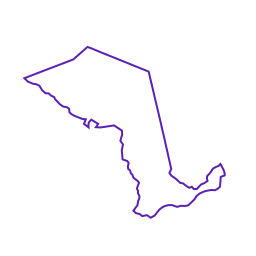 outline of Tamandaré, Pernambuco, Brazil, rotated 52°
{"feature_id": "56859067B61914387336292", "entity_name": "Tamandaré", "entity_type": "district", "adm_level": 2, "iso_a3": "BRA", "parent_name": "Brazil", "parent_adm1": "Pernambuco", "projection": "natural_earth1", "projection_center": [-35.18, -8.746], "detail": "fine", "context": "isolated", "style": "outline", "palette": "violet", "viewbox_px": 256, "rotation_deg": 52, "n_neighbors": 0, "source": "geoboundaries", "source_scale": "gbopen_adm2", "svg_char_len": 1725}
<svg xmlns="http://www.w3.org/2000/svg" viewBox="0 0 256 256"><g transform="rotate(52 128 128)"><path d="M24.9,179.0L29.9,178.3L34.8,175.5L37.2,173.2L40.2,171.8L45.5,172.4L49.8,171.6L51.9,169.2L55.4,168.6L58.2,167.1L60.2,167.7L67.2,167.1L71.4,165.8L73.8,163.5L76.5,162.5L79.7,164.5L82.7,163.9L86.0,162.4L92.9,158.3L95.1,155.9L97.6,160.1L103.2,158.7L101.2,157.3L99.5,155.5L98.8,151.8L101.0,151.0L103.6,150.0L106.3,148.9L107.6,152.8L110.6,149.4L117.4,137.4L126.3,134.4L129.6,136.6L131.3,139.1L133.4,141.9L137.9,142.1L141.9,146.8L146.4,149.6L149.4,151.6L153.6,148.9L156.0,149.0L158.2,151.8L160.3,153.0L162.6,152.5L165.3,153.6L167.5,153.3L170.5,154.3L175.6,153.0L178.0,153.0L179.2,155.2L181.2,158.3L183.7,158.8L185.5,160.3L188.8,160.9L190.8,163.0L191.9,165.1L194.6,168.0L195.4,170.8L196.6,174.7L200.1,174.1L203.0,171.7L206.1,171.1L208.3,166.8L212.7,165.3L213.4,160.8L212.5,157.3L211.6,153.2L211.6,150.0L212.1,147.2L213.5,143.9L215.9,140.7L218.1,139.4L220.4,137.8L221.8,134.3L224.6,131.0L226.0,128.2L225.7,124.7L225.1,119.4L223.8,116.0L223.7,112.3L224.7,107.8L225.7,105.1L226.9,102.8L228.2,100.4L230.7,97.6L231.1,94.2L230.9,91.7L228.8,89.7L226.5,87.6L223.6,85.0L224.9,81.0L223.0,79.6L219.2,78.3L213.2,77.4L213.7,79.9L212.9,82.4L212.3,86.0L213.5,89.5L214.2,92.2L214.6,95.2L216.5,97.0L218.7,97.9L218.4,101.7L217.5,105.3L217.9,108.1L218.4,111.3L216.7,113.7L213.6,113.9L212.9,116.5L210.9,117.3L207.8,118.2L205.5,118.7L203.5,120.6L198.6,121.3L195.3,122.2L192.2,123.2L189.0,123.1L186.8,119.1L163.9,108.3L161.5,107.1L150.2,101.9L147.9,100.8L145.6,99.7L96.3,77.0L92.3,79.2L89.2,81.1L85.9,83.0L72.0,91.0L59.9,98.0L50.8,103.3L42.9,107.7L39.2,110.0L40.3,128.9L34.6,147.4L24.9,179.0Z" fill="none" stroke="#5b21b6" stroke-width="2"/></g></svg>